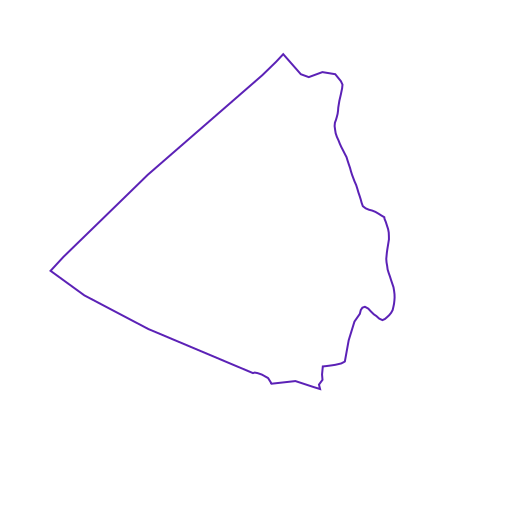 the district of Arma'a, Shabwah, Yemen, rotated 323°
{"feature_id": "15242507B99813098953418", "entity_name": "Arma'a", "entity_type": "district", "adm_level": 2, "iso_a3": "YEM", "parent_name": "Yemen", "parent_adm1": "Shabwah", "projection": "equal_earth", "projection_center": [47.238, 15.391], "detail": "fine", "context": "isolated", "style": "outline", "palette": "violet", "viewbox_px": 512, "rotation_deg": 323, "n_neighbors": 0, "source": "geoboundaries", "source_scale": "gbopen_adm2", "svg_char_len": 1735}
<svg xmlns="http://www.w3.org/2000/svg" viewBox="0 0 512 512"><g transform="rotate(323 256 256)"><path d="M83.0,144.2L95.2,184.1L126.1,249.6L183.1,347.7L184.8,348.3L186.8,350.5L189.3,354.2L192.2,360.8L191.7,366.3L191.4,366.7L191.5,367.3L191.8,367.5L212.2,379.6L223.4,395.7L227.1,400.8L228.9,396.6L234.6,394.9L237.4,390.4L242.9,384.4L245.7,386.1L248.5,387.7L251.2,389.2L253.8,390.6L256.7,391.9L259.4,393.1L262.3,393.6L263.5,393.7L279.3,379.1L295.2,367.6L304.1,364.7L304.6,364.3L307.2,362.2L309.9,361.3L311.8,361.9L312.4,362.1L313.2,363.8L314.0,365.6L314.4,369.5L315.0,373.5L316.0,376.4L316.7,380.1L318.4,383.3L321.1,383.9L324.0,383.7L326.9,383.4L327.2,383.3L329.7,382.7L332.6,381.4L335.0,379.4L337.4,377.3L339.6,375.0L341.6,372.7L343.6,369.9L345.4,366.8L347.0,363.7L348.2,360.1L349.4,356.5L350.6,353.1L351.8,349.3L353.0,346.0L354.8,342.8L356.5,339.5L358.3,336.7L360.4,334.4L362.7,331.9L364.9,329.7L367.2,327.5L369.7,325.1L372.2,322.7L374.1,320.1L376.1,317.2L377.7,314.0L378.9,310.5L380.1,307.1L381.0,303.7L381.8,302.2L380.5,299.1L379.3,295.9L377.9,292.6L376.1,289.6L374.1,287.1L372.3,284.0L371.3,280.5L372.4,277.0L373.7,273.8L374.9,270.4L376.0,267.0L377.4,263.3L378.7,259.6L379.6,255.7L380.6,252.3L381.6,248.9L382.8,245.5L384.1,242.3L385.3,238.6L386.6,234.8L387.8,231.5L388.4,227.9L389.1,224.0L389.7,220.4L390.5,216.8L391.5,213.2L392.3,209.5L393.5,205.9L395.2,202.7L397.0,199.5L399.3,197.0L401.8,195.4L404.2,193.6L406.7,191.6L409.0,189.3L411.1,186.9L413.5,184.6L416.0,182.2L418.4,180.2L420.8,178.2L423.3,176.0L425.7,173.9L428.2,171.2L429.0,167.5L428.7,158.5L419.7,149.1L405.8,144.9L401.2,137.8L399.2,111.2L388.9,113.0L369.9,115.4L218.4,126.0L176.2,131.4L101.8,140.8L83.0,144.2Z" fill="none" stroke="#5b21b6" stroke-width="2"/></g></svg>